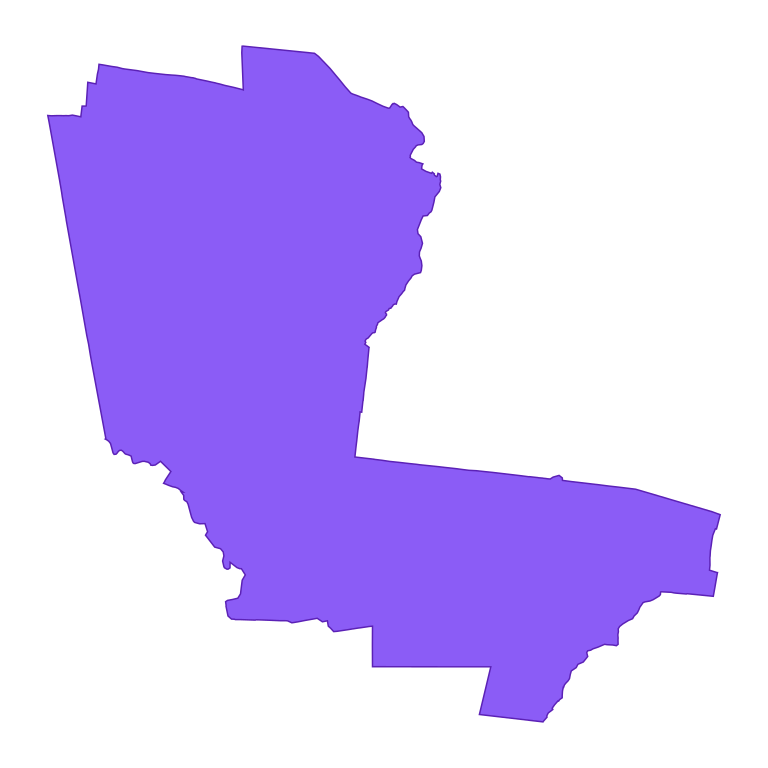 Luis Moya, Zacatecas, Mexico
{"feature_id": "50627088B79504464197086", "entity_name": "Luis Moya", "entity_type": "district", "adm_level": 2, "iso_a3": "MEX", "parent_name": "Mexico", "parent_adm1": "Zacatecas", "projection": "robinson", "projection_center": [-102.22, 22.434], "detail": "fine", "context": "isolated", "style": "filled", "palette": "violet", "viewbox_px": 768, "rotation_deg": 0, "n_neighbors": 0, "source": "geoboundaries", "source_scale": "gbopen_adm2", "svg_char_len": 5978}
<svg xmlns="http://www.w3.org/2000/svg" viewBox="0 0 768 768"><path d="M451.0,666.8L490.8,666.8L479.4,714.5L543.0,721.9L543.1,721.6L547.0,717.2L546.8,715.9L548.1,713.2L548.6,712.7L552.8,709.5L552.2,708.2L554.5,704.9L558.0,700.9L558.6,701.1L559.6,699.6L562.2,697.8L562.2,695.7L562.5,691.0L563.3,687.2L563.6,687.3L564.4,685.0L564.7,684.6L565.7,683.3L568.1,680.8L569.5,678.6L570.3,674.4L571.3,670.9L576.2,667.6L577.9,664.3L583.3,662.0L587.7,656.5L586.7,652.6L587.7,650.8L590.7,650.2L592.8,648.9L598.1,647.1L604.6,644.3L607.0,644.7L612.8,645.0L616.4,645.7L618.1,644.3L618.0,640.1L618.1,637.9L617.9,635.6L617.9,634.3L618.4,631.8L618.2,628.8L619.6,626.5L622.7,624.0L628.4,620.5L632.6,618.7L634.1,616.0L637.3,612.9L639.0,609.4L639.8,607.3L643.1,602.6L644.9,601.9L650.0,601.0L653.1,599.7L655.6,598.2L659.2,596.0L660.4,594.6L660.6,592.0L661.4,591.8L671.3,592.3L674.0,592.9L676.7,593.2L686.4,594.0L687.0,593.7L713.3,596.3L714.8,588.0L716.1,580.4L717.3,573.5L717.5,572.6L717.2,572.6L709.5,570.2L710.0,565.2L709.9,557.5L710.1,556.1L710.4,550.8L711.2,545.6L711.9,540.4L712.8,535.2L715.4,528.7L716.5,529.0L720.2,514.7L712.3,511.8L635.6,489.2L618.3,487.1L608.5,486.0L596.8,484.5L596.5,484.5L584.6,483.1L571.6,481.6L562.5,480.4L562.3,477.9L559.1,475.4L553.1,477.1L550.8,478.6L550.3,479.0L547.7,478.8L545.8,478.5L542.9,478.2L542.7,478.1L540.4,477.9L538.7,477.8L537.9,477.6L534.2,477.2L529.7,476.7L529.4,476.7L529.2,476.8L520.7,475.7L492.5,472.4L485.6,471.7L476.3,470.7L468.8,470.3L462.5,469.5L456.5,468.7L450.2,468.0L445.5,467.5L437.8,466.6L426.0,465.4L420.1,464.8L416.5,464.3L408.8,463.5L400.1,462.5L391.5,461.6L389.6,461.4L382.2,460.3L373.9,459.3L373.9,459.2L354.9,457.0L356.1,446.0L356.7,441.2L357.8,430.9L358.8,423.4L359.1,421.7L359.6,417.0L360.1,411.9L361.7,412.2L361.8,411.3L362.9,401.1L363.1,400.7L363.7,394.3L363.8,392.5L363.8,392.4L366.0,378.1L366.0,377.9L366.6,372.0L367.1,367.5L367.2,367.3L367.2,367.2L367.5,363.7L367.5,363.4L367.8,360.0L369.0,347.6L369.1,347.4L364.8,344.2L365.8,342.4L365.1,341.1L365.3,340.7L365.7,339.8L366.4,338.9L368.1,338.0L372.0,333.4L372.9,332.8L374.6,332.6L375.2,332.1L375.4,330.6L375.9,328.9L376.4,327.7L376.4,326.2L377.4,324.6L377.9,322.7L382.1,319.8L383.6,318.9L384.4,318.1L385.1,317.3L385.7,316.1L386.5,315.2L386.5,314.1L385.8,313.5L385.4,312.3L386.1,311.4L388.5,310.0L389.2,308.5L390.9,308.2L391.3,307.3L392.1,306.7L393.4,304.7L395.0,304.0L396.3,304.1L396.9,301.6L399.1,296.6L401.8,293.5L403.0,291.8L404.6,290.1L404.9,288.5L405.9,285.0L408.5,281.0L410.9,278.1L412.1,275.9L414.4,274.2L420.5,272.6L421.3,270.4L421.9,265.7L421.3,261.0L420.3,258.6L419.3,255.9L419.5,251.9L421.1,248.2L422.5,243.3L420.8,236.7L418.0,233.7L417.4,229.6L419.3,224.8L421.3,219.7L423.1,216.0L427.4,215.5L429.3,213.0L431.0,211.8L431.9,210.1L433.9,202.2L434.9,196.9L439.3,191.5L440.8,187.7L439.8,184.4L440.7,181.1L440.3,179.8L440.5,176.8L439.9,174.1L438.0,173.3L437.1,176.4L436.3,176.6L434.6,175.3L434.1,174.2L434.3,173.8L432.3,172.2L431.5,173.3L426.0,171.4L421.6,168.9L422.0,165.4L422.9,163.9L419.1,162.6L416.5,162.2L414.5,160.4L411.1,158.6L410.0,157.5L410.4,156.3L410.2,155.3L413.3,149.3L415.5,146.9L416.3,145.7L418.1,144.9L421.8,144.5L422.9,143.7L423.2,143.4L424.3,141.4L424.0,136.5L421.8,132.7L417.3,128.7L413.9,125.7L412.8,124.5L411.8,121.9L410.9,120.2L409.6,118.4L408.7,116.8L408.4,112.2L404.4,107.9L402.9,106.5L400.1,107.1L396.6,104.5L394.1,103.3L392.1,104.5L392.1,104.4L392.0,104.5L389.7,108.0L388.4,108.2L383.1,106.3L380.3,105.0L376.7,103.3L372.1,101.0L367.9,99.4L362.8,97.7L360.9,97.1L359.0,96.3L356.6,95.4L352.6,94.0L350.8,93.1L349.1,91.2L347.7,89.6L345.1,86.7L339.7,80.0L337.6,77.5L335.8,75.4L334.0,73.2L330.0,68.4L318.5,56.4L314.5,53.3L243.0,46.1L242.1,46.2L241.8,52.7L243.3,89.9L242.8,89.7L235.0,87.7L232.5,87.1L231.1,86.8L228.0,86.1L226.1,85.7L224.4,85.3L220.9,84.3L219.4,83.9L216.7,83.3L215.0,82.8L212.0,82.2L207.2,81.1L196.5,78.9L195.2,78.3L194.2,78.1L193.2,77.8L191.2,77.6L188.0,77.0L186.0,76.7L183.9,76.2L178.7,75.6L175.6,75.3L172.4,75.1L165.7,74.6L154.7,73.4L148.0,72.6L137.1,70.6L124.8,69.0L124.2,68.9L122.4,68.6L117.1,67.2L112.0,66.5L102.9,64.9L99.0,64.3L98.5,69.3L97.4,74.1L96.0,83.9L87.8,82.3L86.2,105.9L85.3,106.1L82.1,106.1L80.8,116.8L76.0,115.8L72.4,115.1L68.8,115.7L65.6,115.6L63.8,115.7L60.0,115.6L57.0,115.6L51.7,115.8L50.0,115.7L47.8,115.5L49.1,122.2L59.7,180.9L60.2,184.0L60.5,185.6L61.7,192.8L62.3,197.0L66.1,218.9L66.2,220.0L77.3,282.1L80.4,299.2L86.8,335.6L88.6,344.2L90.1,353.5L90.5,355.9L91.7,362.6L105.9,438.9L105.4,439.1L106.9,439.9L108.7,441.2L110.5,443.5L111.5,447.1L112.2,449.7L113.0,452.8L114.1,454.4L116.0,454.2L117.0,453.2L118.5,451.2L119.9,450.3L121.5,450.3L123.0,451.4L124.9,453.6L125.9,454.2L127.9,454.7L129.7,455.4L131.2,456.2L131.5,457.8L132.4,461.3L132.9,462.7L133.6,463.4L135.1,463.6L142.2,461.4L144.3,461.3L146.3,461.8L148.1,462.2L149.3,463.0L150.3,463.9L150.7,465.1L152.5,465.4L155.3,465.0L160.5,461.3L170.9,471.5L165.4,479.9L164.3,482.2L163.6,483.3L166.2,484.3L168.5,485.3L172.7,486.8L175.4,487.3L178.2,488.4L180.6,490.4L183.0,492.1L181.2,492.0L183.7,495.4L183.8,499.3L184.5,500.3L186.9,501.8L188.1,504.3L191.6,517.3L193.5,521.2L194.6,522.4L199.6,523.8L205.0,523.6L207.6,531.8L206.6,533.3L205.5,535.2L214.7,547.1L220.5,548.7L223.2,551.9L223.9,555.9L222.6,561.0L223.9,566.7L224.5,567.8L227.0,569.2L228.2,569.1L230.0,567.9L230.1,562.3L237.0,567.6L239.8,568.7L241.4,568.7L245.3,574.9L242.2,580.2L240.5,593.9L237.8,598.2L232.4,599.5L227.5,600.4L225.6,601.7L226.1,605.3L226.0,606.2L228.0,616.0L231.5,619.1L234.3,619.2L235.4,619.6L240.5,619.6L255.2,620.1L256.2,619.8L260.2,619.9L270.9,620.3L280.1,620.7L285.1,620.7L287.4,620.8L289.2,621.6L290.1,622.0L291.8,622.8L294.0,622.5L296.2,622.1L297.6,621.9L305.3,620.4L313.9,618.9L317.2,618.3L321.7,621.3L322.4,621.8L327.4,620.8L328.3,626.2L330.4,628.0L333.7,631.6L337.1,631.3L341.8,630.6L347.1,629.8L347.9,629.7L352.6,628.9L353.5,628.8L357.8,628.1L360.3,627.8L367.1,626.8L369.0,626.5L372.5,626.2L372.4,645.8L372.5,666.7L451.0,666.8Z" fill="#8b5cf6" stroke="#5b21b6" stroke-width="1.5"/></svg>